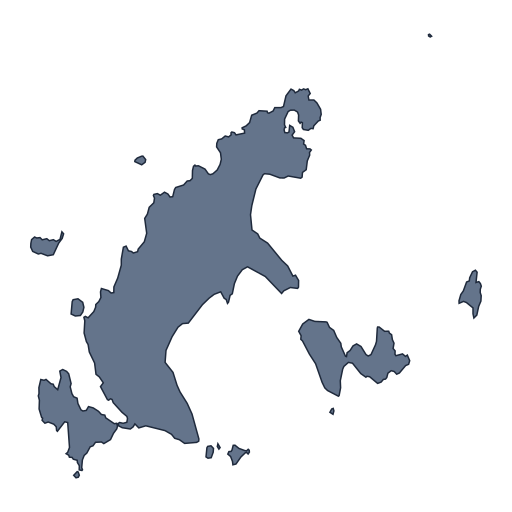 the district of Con Dao, Sóc Trăng, Vietnam
{"feature_id": "81297802B83873736556753", "entity_name": "Con Dao", "entity_type": "district", "adm_level": 2, "iso_a3": "VNM", "parent_name": "Vietnam", "parent_adm1": "Sóc Trăng", "projection": "equal_earth", "projection_center": [106.623, 8.704], "detail": "fine", "context": "isolated", "style": "filled", "palette": "slate", "viewbox_px": 512, "rotation_deg": 0, "n_neighbors": 0, "source": "geoboundaries", "source_scale": "gbopen_adm2", "svg_char_len": 6011}
<svg xmlns="http://www.w3.org/2000/svg" viewBox="0 0 512 512"><path d="M232.3,293.8L234.4,283.6L237.5,276.1L242.3,269.7L247.5,266.8L265.3,276.5L281.6,293.5L283.8,290.8L290.3,287.5L297.6,288.4L298.5,287.1L298.6,280.5L295.5,275.2L292.9,276.1L287.7,266.0L281.8,260.4L267.6,243.1L259.8,238.1L257.7,233.9L252.0,230.0L250.5,214.7L251.8,205.7L255.9,189.0L263.0,174.9L264.5,173.7L269.8,174.2L279.8,177.9L284.1,178.0L288.2,176.0L300.7,178.2L302.1,177.1L302.5,172.4L306.2,169.7L307.3,160.9L309.7,155.1L309.5,152.5L311.3,150.0L310.0,148.9L306.6,148.8L305.5,145.3L303.6,144.0L304.1,140.6L300.9,138.3L293.6,137.9L292.1,135.1L294.6,131.7L292.9,127.3L289.7,125.4L289.0,132.0L287.4,132.9L284.8,132.6L284.1,129.9L284.6,127.7L285.7,127.4L284.5,124.9L284.6,119.1L288.1,111.6L290.4,110.2L294.3,110.1L297.5,112.0L298.6,115.0L298.4,120.9L300.1,123.3L301.1,122.1L302.4,122.7L302.2,127.7L303.4,129.5L308.3,130.3L310.9,128.4L313.1,128.7L313.8,125.8L318.3,121.0L320.2,120.2L320.1,117.6L321.2,114.4L320.6,109.3L316.9,102.9L313.9,100.0L308.9,100.0L308.2,96.0L310.2,93.5L307.9,88.8L305.6,89.7L303.6,88.9L301.5,90.1L299.4,89.3L298.6,91.0L295.2,92.8L293.8,90.6L291.0,89.1L286.0,95.8L283.5,106.5L281.0,107.6L274.8,107.6L273.1,111.0L268.9,113.2L267.5,112.7L267.1,111.2L259.0,110.7L256.9,113.1L251.7,115.2L249.6,122.6L246.1,125.9L242.1,127.8L242.2,128.9L244.4,129.8L244.6,133.1L236.0,134.9L234.5,132.7L231.8,132.0L231.0,132.8L231.1,134.9L228.6,136.9L225.2,136.0L221.7,138.9L218.3,139.7L216.8,143.3L216.6,146.9L220.5,152.8L221.3,159.3L220.1,164.4L217.2,170.0L212.9,173.8L210.4,174.6L208.4,173.9L205.0,169.1L198.5,165.8L195.4,166.0L194.9,165.1L193.5,166.3L192.5,170.5L192.3,178.4L190.0,180.7L187.2,181.0L183.6,185.0L175.7,187.5L174.5,189.5L172.7,196.7L170.0,197.0L167.9,194.0L164.5,192.2L160.3,195.2L157.4,193.6L153.9,194.4L153.4,195.5L154.5,198.1L153.8,202.8L149.2,207.3L147.4,214.1L144.7,218.4L146.7,233.3L144.3,241.8L138.2,249.1L137.6,251.7L133.3,253.0L131.5,251.5L128.4,250.8L126.1,246.1L123.4,247.2L121.3,259.1L121.3,265.2L117.7,278.1L113.9,286.9L113.8,292.6L111.1,293.0L108.4,290.6L101.4,288.5L100.5,291.9L100.9,297.5L98.8,301.6L95.8,304.5L95.6,307.3L93.8,311.6L88.1,317.8L85.3,316.4L83.9,317.3L84.8,320.8L84.1,333.0L86.4,341.6L88.1,344.5L89.3,352.0L94.6,363.0L96.0,374.3L99.3,376.9L103.3,382.8L100.5,386.6L107.4,399.6L108.6,400.2L110.5,398.8L112.1,399.5L113.2,402.6L122.0,412.3L126.9,416.4L127.5,418.6L126.8,422.3L123.1,423.3L119.6,422.5L118.2,423.5L118.6,425.8L122.2,427.7L130.3,429.0L133.1,426.9L134.9,423.9L138.8,427.9L145.8,425.8L165.0,430.6L171.5,434.3L174.7,438.3L179.4,439.7L184.6,443.4L196.6,442.4L198.7,441.2L198.9,439.0L192.0,414.0L187.2,403.4L180.0,391.9L177.0,385.2L173.0,372.4L165.1,362.4L166.0,350.4L172.1,336.7L178.0,327.2L182.5,323.6L188.3,323.1L202.4,304.7L209.3,298.0L214.2,294.3L220.7,291.8L224.2,298.3L226.2,299.5L227.5,303.4L228.5,302.2L230.1,295.3L232.3,293.8ZM365.9,377.2L366.9,376.3L369.6,376.7L377.6,383.4L381.1,382.1L383.4,379.4L385.5,379.1L386.8,377.5L387.9,373.2L391.2,370.7L394.2,371.5L396.7,374.2L399.4,373.0L405.6,365.6L408.6,364.3L409.7,360.7L407.3,355.1L405.5,356.4L402.5,353.9L395.9,355.7L395.0,354.3L395.1,350.9L393.1,348.5L394.0,343.2L392.4,339.7L391.6,334.7L389.4,333.1L388.7,331.2L384.6,331.3L379.1,327.0L377.6,327.0L377.3,328.1L376.5,341.4L375.5,344.8L371.0,354.6L368.2,356.0L366.0,354.6L361.0,346.5L356.6,343.9L353.0,345.9L350.1,350.5L347.1,352.7L346.5,356.6L345.5,356.3L341.3,346.9L340.8,343.3L336.7,337.4L333.7,330.4L329.5,327.4L327.1,322.3L326.0,321.9L314.8,321.4L308.9,319.4L302.7,324.0L298.7,331.3L301.1,335.7L300.8,339.3L302.5,340.9L309.4,354.1L315.6,363.7L322.1,382.3L324.8,387.9L327.5,390.5L338.4,396.2L339.1,395.6L340.6,387.8L340.3,380.7L342.7,369.1L343.9,366.4L348.4,362.4L352.5,363.2L360.8,373.6L365.9,377.2ZM57.4,431.3L64.7,421.8L67.7,422.5L69.5,447.5L67.7,452.3L66.1,453.7L68.7,455.2L69.4,457.2L72.1,457.4L73.3,459.2L77.2,460.3L77.4,462.5L79.3,465.7L79.2,469.9L81.9,470.5L82.5,469.8L81.7,467.6L82.4,459.9L84.2,455.4L86.8,453.1L90.2,446.8L93.0,445.8L95.5,442.3L101.5,442.0L103.8,443.6L110.5,439.6L113.5,433.3L116.8,428.8L117.5,426.0L116.6,423.3L114.3,423.7L105.7,417.8L104.8,415.1L101.4,414.5L98.5,411.3L93.2,407.9L88.5,406.6L86.3,410.4L82.9,411.0L81.0,409.9L77.9,403.5L77.1,398.2L73.6,396.7L71.9,393.6L70.2,386.8L71.1,383.6L68.7,373.8L66.6,371.4L62.7,369.5L59.8,371.1L61.0,377.6L57.7,389.7L54.2,386.6L53.2,384.2L51.0,383.8L46.0,379.4L44.1,380.3L40.8,379.5L38.9,387.6L39.0,393.5L38.3,395.9L39.4,400.2L39.1,409.0L41.6,417.3L42.6,418.2L42.1,420.3L44.9,423.2L48.2,422.0L53.8,424.2L56.2,426.7L56.6,430.5L57.4,431.3ZM459.1,303.3L463.5,301.4L466.4,302.5L473.0,307.9L473.0,313.8L473.9,318.0L476.8,315.1L478.7,306.3L480.9,301.1L481.2,295.7L480.2,292.5L480.3,289.2L481.3,286.2L480.4,283.5L478.8,281.6L476.0,282.5L477.1,272.2L475.4,270.2L472.5,271.8L469.7,277.7L469.3,280.9L466.6,282.0L463.3,291.0L460.8,294.5L459.0,300.8L459.1,303.3ZM32.7,251.4L38.3,254.0L41.0,253.3L47.6,255.8L53.3,254.7L58.7,243.1L62.2,238.4L63.6,233.8L61.9,231.8L60.0,239.4L56.1,241.4L53.4,239.7L49.3,240.7L46.8,238.7L42.2,239.8L40.0,237.6L36.7,238.0L34.6,237.0L31.6,239.6L30.9,243.2L30.7,247.1L32.7,251.4ZM232.9,464.8L236.0,464.0L240.9,457.0L245.4,452.7L246.6,452.5L248.1,454.0L249.4,452.1L249.2,450.2L248.2,449.3L246.6,450.8L244.9,450.6L238.9,448.4L235.0,445.2L233.2,445.3L232.0,450.0L231.1,451.4L228.9,451.6L227.8,454.1L230.6,456.5L232.5,461.5L232.9,464.8ZM72.2,301.7L71.1,314.0L75.3,316.0L80.4,315.5L82.8,312.0L83.9,307.3L82.7,302.3L78.0,298.8L73.1,299.7L72.2,301.7ZM206.9,447.8L206.0,456.9L208.0,458.2L211.2,457.7L213.2,452.2L213.5,448.4L211.0,445.8L207.7,446.4L206.9,447.8ZM134.8,161.6L141.7,164.8L145.1,162.3L145.7,159.6L142.9,156.1L141.6,156.2L137.3,158.0L135.0,160.2L134.8,161.6ZM79.3,475.2L78.2,472.0L77.2,471.6L73.7,475.3L76.0,477.8L78.3,477.2L79.3,475.2ZM329.9,412.3L333.0,414.3L333.9,410.9L333.2,408.4L331.7,409.0L329.9,412.3ZM217.3,446.5L218.9,449.1L220.1,447.6L217.9,443.8L217.3,446.5ZM430.2,37.0L431.6,36.2L429.6,34.2L428.5,34.6L428.6,36.0L430.2,37.0Z" fill="#64748b" stroke="#1e293b" stroke-width="1.5"/></svg>